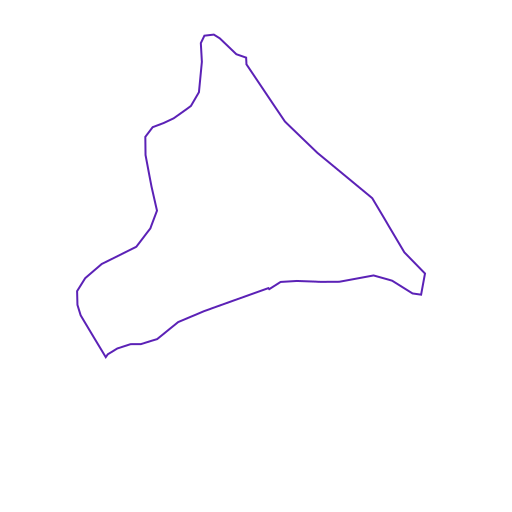 Wee-Gbehyi-Mahn, Nimba, Liberia, rotated 212°
{"feature_id": "62588387B71258849496296", "entity_name": "Wee-Gbehyi-Mahn", "entity_type": "district", "adm_level": 2, "iso_a3": "LBR", "parent_name": "Liberia", "parent_adm1": "Nimba", "projection": "mercator", "projection_center": [-8.856, 6.902], "detail": "fine", "context": "isolated", "style": "outline", "palette": "violet", "viewbox_px": 512, "rotation_deg": 212, "n_neighbors": 0, "source": "geoboundaries", "source_scale": "gbopen_adm2", "svg_char_len": 1231}
<svg xmlns="http://www.w3.org/2000/svg" viewBox="0 0 512 512"><g transform="rotate(212 256 256)"><path d="M411.9,310.5L413.0,298.4L403.2,283.1L397.3,276.7L389.2,267.9L381.4,259.5L367.7,245.7L364.0,242.0L360.8,226.1L360.2,223.4L360.4,221.5L360.8,217.6L361.7,207.7L362.4,200.4L377.6,175.6L382.6,167.5L385.7,157.6L389.1,146.7L389.1,134.5L389.1,131.4L381.9,120.5L381.5,119.9L373.3,112.8L367.5,109.8L351.1,101.4L329.8,90.6L329.6,94.1L324.6,104.1L315.7,114.7L314.5,115.5L306.9,120.3L299.7,128.7L296.7,132.1L295.8,133.1L290.7,148.0L287.0,158.7L279.2,169.8L275.7,174.7L275.3,175.3L270.9,181.6L266.6,187.0L266.2,187.6L251.6,206.1L228.5,235.3L227.2,234.9L221.7,246.4L221.3,247.1L208.1,256.5L191.8,265.9L189.2,267.3L186.4,269.0L171.7,278.3L167.2,282.4L146.0,301.8L130.7,306.3L127.4,307.2L103.4,307.2L95.5,310.7L103.4,330.7L132.1,337.7L149.9,346.9L159.2,351.7L162.6,353.5L167.0,355.8L188.0,366.6L189.2,366.8L251.0,375.0L258.6,376.0L278.5,380.2L299.7,384.7L302.8,385.4L322.6,394.2L342.9,403.3L365.7,413.5L366.0,414.0L369.5,419.0L379.6,416.7L402.1,421.4L409.1,421.4L416.5,415.5L415.6,407.3L404.8,392.0L391.2,364.7L391.1,361.8L390.7,348.8L392.3,344.7L398.8,329.1L404.8,319.8L411.9,310.5Z" fill="none" stroke="#5b21b6" stroke-width="2"/></g></svg>